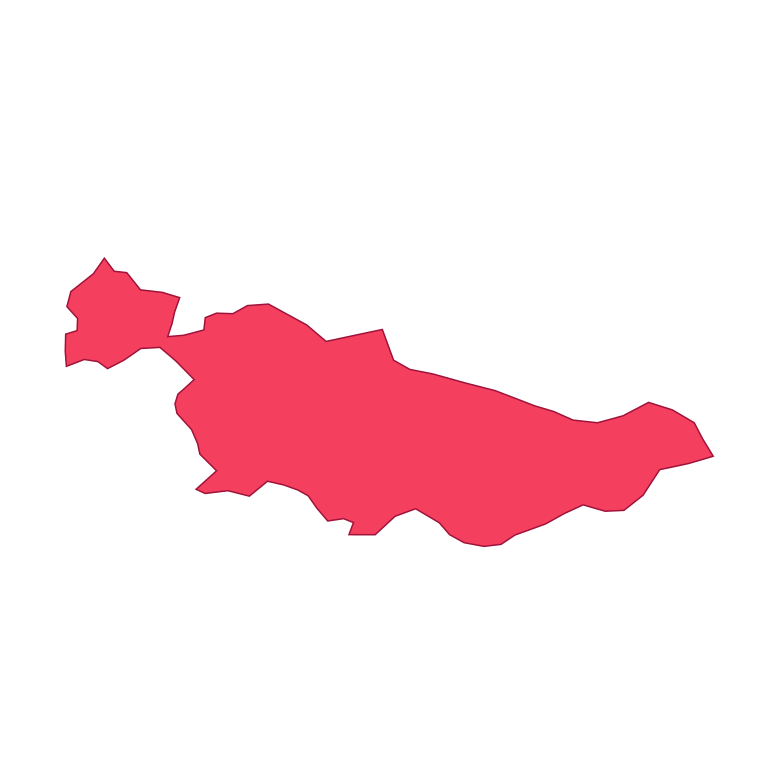 outline of Nikitari, Nicosia, Cyprus, rotated 258°
{"feature_id": "46923920B48004399301476", "entity_name": "Nikitari", "entity_type": "district", "adm_level": 2, "iso_a3": "CYP", "parent_name": "Cyprus", "parent_adm1": "Nicosia", "projection": "orthographic", "projection_center": [32.981, 35.047], "detail": "fine", "context": "isolated", "style": "filled", "palette": "rose", "viewbox_px": 768, "rotation_deg": 258, "n_neighbors": 0, "source": "geoboundaries", "source_scale": "gbopen_adm2", "svg_char_len": 1254}
<svg xmlns="http://www.w3.org/2000/svg" viewBox="0 0 768 768"><g transform="rotate(258 384 384)"><path d="M499.0,83.0L482.2,79.0L467.3,77.0L470.3,95.9L465.4,108.8L456.5,116.8L461.4,134.6L469.3,153.5L466.4,172.4L457.5,179.3L449.6,185.3L427.8,199.2L421.9,189.3L416.9,180.3L408.0,175.4L398.2,175.4L379.4,186.3L364.5,189.3L353.7,189.3L333.9,202.2L320.1,178.3L314.1,186.3L312.1,209.1L302.3,229.0L313.1,249.8L306.2,264.7L298.3,277.6L290.4,286.6L276.5,292.5L261.7,300.5L260.7,316.4L254.8,325.3L243.9,318.4L238.4,344.0L252.3,367.3L255.4,389.0L236.8,409.2L222.9,416.9L212.1,429.4L204.4,448.0L202.8,465.1L209.0,480.6L213.6,513.2L219.8,533.4L224.4,553.6L213.6,573.8L210.5,592.4L221.3,614.2L242.9,635.9L242.9,665.4L244.9,691.0L264.6,684.1L281.6,679.4L298.6,660.8L311.0,639.0L303.2,611.1L301.7,584.7L309.4,561.4L321.8,544.3L331.1,527.2L354.3,491.5L368.2,463.5L383.6,434.0L392.9,412.3L405.3,398.3L437.7,393.7L437.7,336.2L457.8,320.7L486.2,287.6L489.1,266.7L484.2,250.8L488.1,234.9L486.1,223.0L474.3,219.0L473.3,198.2L475.3,182.3L487.1,189.2L498.0,194.2L510.9,202.1L519.7,186.3L526.7,165.4L546.4,155.5L550.4,143.5L565.2,136.6L552.3,122.7L546.4,110.8L539.5,96.9L525.6,89.9L511.8,97.9L500.0,94.9L499.0,83.0Z" fill="#f43f5e" stroke="#9f1239" stroke-width="1.5"/></g></svg>